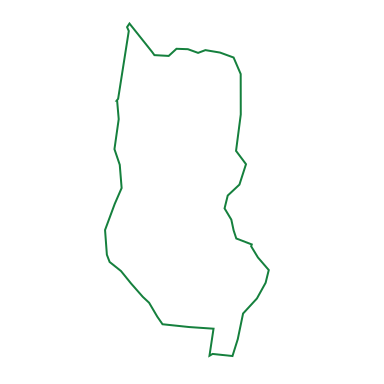 Grums, Värmland, Sweden (orthographic projection), rotated 186°
{"feature_id": "70781695B11595834980673", "entity_name": "Grums", "entity_type": "district", "adm_level": 2, "iso_a3": "SWE", "parent_name": "Sweden", "parent_adm1": "Värmland", "projection": "orthographic", "projection_center": [13.042, 59.403], "detail": "fine", "context": "isolated", "style": "outline", "palette": "green", "viewbox_px": 384, "rotation_deg": 186, "n_neighbors": 0, "source": "geoboundaries", "source_scale": "gbopen_adm2", "svg_char_len": 789}
<svg xmlns="http://www.w3.org/2000/svg" viewBox="0 0 384 384"><g transform="rotate(186 192 192)"><path d="M127.1,146.1L143.1,150.4L146.6,158.2L150.0,168.6L157.9,179.1L156.1,192.2L145.6,204.3L141.2,225.3L152.5,237.5L151.6,274.2L155.9,314.4L164.7,330.1L178.7,333.6L193.5,334.5L200.5,331.0L211.0,333.6L222.4,332.8L229.4,324.9L243.7,324.2L246.3,327.1L271.8,353.0L273.8,349.2L271.7,345.5L275.2,277.0L276.5,274.9L276.0,274.9L272.5,256.8L273.6,226.5L266.7,211.5L262.4,188.6L267.6,172.1L274.5,145.1L270.1,120.7L266.6,113.8L254.4,106.0L243.1,94.7L230.0,82.6L223.1,77.4L213.5,64.4L207.5,57.4L180.6,57.4L156.3,58.3L157.5,31.0L154.6,33.1L134.6,33.1L131.1,50.4L128.5,76.5L116.3,92.9L109.3,109.4L107.5,122.4L119.6,133.8L127.5,144.2L127.1,146.1Z" fill="none" stroke="#15803d" stroke-width="2"/></g></svg>